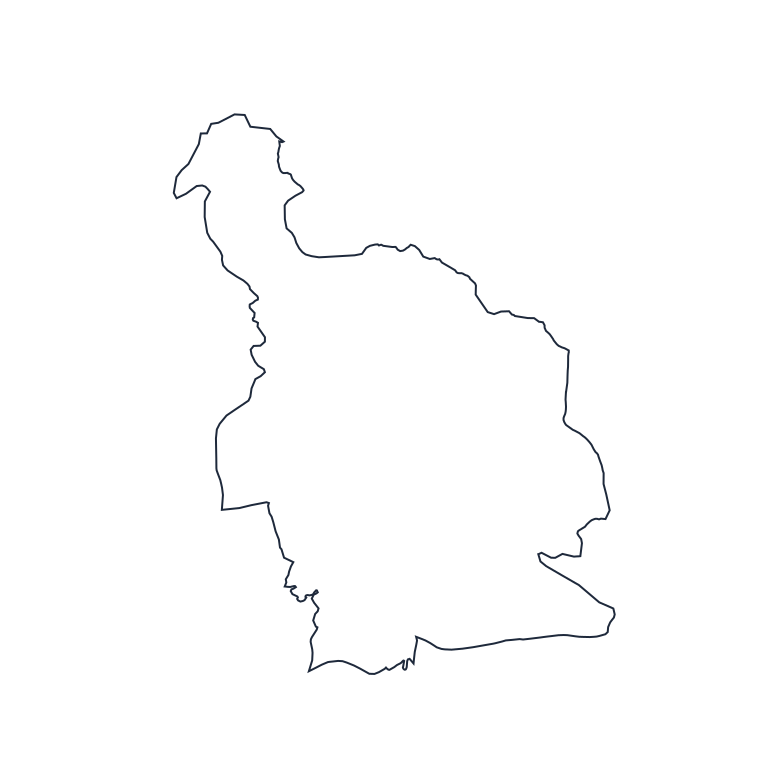 the district of Penukal Abab Lematang Ilir, Sumatera Selatan, Indonesia, rotated 75°
{"feature_id": "22746128B2393542990028", "entity_name": "Penukal Abab Lematang Ilir", "entity_type": "district", "adm_level": 2, "iso_a3": "IDN", "parent_name": "Indonesia", "parent_adm1": "Sumatera Selatan", "projection": "orthographic", "projection_center": [103.991, -3.208], "detail": "fine", "context": "isolated", "style": "outline", "palette": "slate", "viewbox_px": 768, "rotation_deg": 75, "n_neighbors": 0, "source": "geoboundaries", "source_scale": "gbopen_adm2", "svg_char_len": 5979}
<svg xmlns="http://www.w3.org/2000/svg" viewBox="0 0 768 768"><g transform="rotate(75 384 384)"><path d="M600.4,242.5L600.9,240.2L601.1,238.9L589.0,234.0L584.8,233.7L580.8,235.3L578.6,235.9L578.4,235.9L576.8,235.0L576.4,234.7L575.8,233.3L573.9,226.8L572.3,224.7L572.2,224.6L570.2,220.9L569.3,218.7L569.0,216.5L568.9,214.7L569.3,213.2L570.4,211.3L570.2,209.3L571.8,205.0L564.4,198.7L548.3,197.9L537.4,197.8L526.9,194.9L524.0,195.1L521.6,194.9L518.7,194.8L514.8,195.2L510.9,195.5L509.5,195.6L507.7,195.6L506.1,196.2L504.5,197.3L501.3,198.3L496.4,199.3L493.5,200.5L490.3,202.1L488.6,203.1L487.1,204.1L486.1,205.0L484.0,206.5L482.1,207.9L478.3,212.0L477.2,213.4L470.9,218.6L469.8,219.1L467.6,219.7L465.3,219.9L463.4,219.4L462.0,218.5L459.7,216.7L457.7,215.7L455.9,215.0L453.1,214.1L448.4,213.1L446.1,212.7L438.8,210.3L438.8,210.2L430.3,206.6L423.9,204.7L421.6,204.0L418.4,203.0L415.1,201.8L408.4,199.9L404.7,198.9L402.5,198.0L402.1,197.8L401.0,197.2L399.6,197.0L399.4,196.9L397.6,198.8L396.2,200.3L394.6,202.8L393.5,204.0L392.4,205.4L390.3,206.8L385.8,208.8L384.5,209.0L381.3,210.1L378.9,211.0L377.4,211.9L375.9,212.9L374.6,213.8L372.4,214.1L371.4,214.3L369.9,214.0L368.9,213.7L365.5,214.5L364.2,217.5L364.1,218.1L359.3,221.9L359.2,222.2L357.5,228.1L352.2,240.0L350.9,240.8L350.0,242.5L346.1,244.4L344.3,252.2L345.0,259.6L341.4,265.2L321.4,272.3L315.6,270.6L312.7,269.7L310.4,270.0L304.6,273.7L303.0,273.9L301.2,275.2L300.8,275.7L300.2,276.7L299.4,277.7L299.0,278.0L298.5,278.7L297.8,279.2L296.9,280.7L296.7,281.9L296.4,282.7L296.2,283.4L295.7,284.3L294.7,285.1L294.0,285.3L293.0,285.7L292.5,285.9L287.0,291.3L286.9,291.4L281.7,296.6L277.8,298.2L277.8,298.3L277.9,298.9L277.4,300.5L276.4,301.7L275.5,302.4L275.1,307.4L271.1,313.1L263.6,315.3L258.8,318.5L256.4,322.2L257.2,323.6L258.0,324.8L258.5,326.8L259.5,328.9L260.1,331.1L259.8,334.0L257.8,336.0L256.1,336.6L254.6,337.3L253.8,340.6L250.3,349.0L248.9,350.4L248.7,350.8L248.8,352.4L248.9,353.0L247.5,353.9L247.0,356.6L246.9,361.8L247.9,365.9L252.6,371.6L252.1,379.0L245.9,408.9L244.8,414.0L241.8,420.8L238.6,426.2L235.5,428.7L231.0,430.8L225.1,432.2L220.6,432.4L219.1,432.5L214.2,433.9L208.5,437.8L199.2,437.1L185.7,433.7L182.1,429.2L179.2,420.8L177.5,413.4L176.3,411.6L175.3,411.6L174.0,412.1L171.2,413.5L169.9,414.5L168.9,415.6L165.4,418.0L163.4,419.0L162.2,419.4L161.4,419.6L157.6,419.8L157.0,420.3L156.5,421.0L155.8,422.1L155.1,422.4L154.8,424.0L154.7,424.9L154.2,426.7L153.1,427.8L152.5,428.1L151.3,428.7L147.6,429.1L146.4,429.1L145.0,428.8L141.1,428.9L139.1,428.0L137.6,427.1L136.1,427.0L134.0,426.9L132.6,426.0L131.0,425.3L129.4,424.5L128.6,424.0L127.1,423.0L122.6,422.4L124.0,419.9L123.9,419.3L123.9,418.9L123.8,418.3L117.0,423.9L108.2,427.9L100.9,446.5L88.1,448.9L84.9,458.6L88.8,476.4L88.0,483.6L96.1,490.1L94.6,496.1L104.4,500.8L120.9,516.0L125.0,524.0L130.4,530.9L145.0,537.6L150.9,536.3L149.0,526.0L144.3,513.7L145.2,508.2L147.2,505.4L150.1,503.8L153.3,502.3L161.3,509.8L176.3,514.0L192.2,515.6L198.7,514.2L202.3,512.2L213.8,507.8L218.4,507.1L222.1,508.4L227.8,508.7L233.8,505.7L242.2,498.4L247.5,493.1L248.3,492.5L251.9,490.0L255.0,488.7L257.7,488.9L262.5,486.2L266.4,483.6L268.0,483.4L269.8,484.0L270.2,486.7L271.8,489.9L272.3,492.6L272.5,493.1L274.2,493.7L275.8,493.9L281.9,490.6L286.1,492.2L286.5,493.5L287.9,494.1L289.1,493.8L290.6,491.6L292.3,489.9L295.8,491.3L308.0,486.9L312.3,488.1L315.0,493.5L313.5,500.1L316.3,503.9L321.5,504.3L329.2,502.8L333.8,500.8L338.6,496.2L341.8,496.0L344.6,501.3L344.6,501.5L346.0,507.0L347.8,508.3L354.0,513.1L358.7,515.1L361.7,516.4L365.0,519.2L370.4,534.9L373.7,544.3L379.9,553.0L384.6,557.2L393.0,560.4L412.7,565.3L422.0,567.7L424.1,568.0L427.6,567.7L434.4,567.0L438.2,567.1L442.3,567.3L449.6,568.3L463.6,573.2L466.4,555.8L466.7,543.5L467.8,528.1L469.2,526.0L471.6,527.5L479.2,528.1L483.1,526.9L488.8,526.7L497.2,526.8L498.4,526.8L507.0,525.8L515.1,526.8L517.1,525.8L525.9,525.5L532.6,517.7L536.1,521.1L540.6,524.2L543.8,525.8L547.2,529.4L550.4,529.7L553.9,532.3L554.2,531.5L555.1,529.3L555.8,527.0L555.8,525.6L555.9,523.0L556.3,522.1L557.4,521.7L558.3,524.6L558.4,526.5L559.9,527.7L563.3,526.8L566.8,522.7L567.8,522.4L569.1,523.5L570.8,523.0L572.5,521.1L572.6,518.5L572.2,516.7L570.2,514.4L569.3,515.0L568.5,514.6L568.0,513.8L568.1,512.3L568.9,510.7L569.0,508.7L568.9,507.1L567.1,505.2L565.7,502.9L566.1,502.2L567.1,502.1L568.1,501.9L568.8,503.5L569.3,506.4L572.6,509.3L577.3,508.1L583.8,505.3L586.4,506.9L588.3,510.0L594.1,513.6L600.7,512.6L601.8,511.3L603.8,512.5L604.9,513.7L609.9,519.2L611.7,520.7L614.1,521.6L621.7,522.0L625.2,522.6L632.4,524.9L642.0,530.9L640.6,524.0L639.0,516.6L638.1,510.2L638.3,508.4L638.7,505.9L639.6,500.0L641.0,495.8L642.3,493.8L643.5,492.0L648.1,485.9L652.7,480.8L660.1,473.2L661.6,468.2L661.0,463.4L659.3,457.0L658.4,455.5L658.8,455.3L659.5,455.0L659.9,454.6L660.4,454.2L661.0,453.8L661.5,452.8L661.5,452.7L660.1,447.3L658.8,444.2L658.1,440.7L657.6,439.3L656.9,438.3L656.2,437.0L656.2,436.6L656.7,436.2L662.0,438.7L662.6,439.1L663.3,439.1L664.1,438.9L664.7,438.6L665.3,438.0L665.4,437.1L665.0,436.5L664.5,436.1L663.3,435.3L657.6,433.3L656.2,432.2L656.1,430.4L661.6,427.8L658.4,426.6L650.7,423.6L644.4,420.4L640.4,418.5L638.2,418.4L636.5,418.4L640.5,412.9L642.2,410.7L642.3,410.5L646.2,406.4L649.6,403.3L652.0,401.2L654.8,397.0L656.0,394.1L658.1,387.5L660.0,376.6L661.3,366.0L662.2,355.7L663.1,345.7L663.2,343.8L663.3,336.5L663.2,332.7L664.3,326.6L665.5,319.0L666.8,315.8L667.8,309.2L669.3,298.6L669.7,295.4L670.3,291.0L670.8,287.7L671.8,280.6L673.0,275.3L674.1,271.8L675.0,269.7L677.3,264.3L678.7,260.8L679.8,257.2L681.7,250.7L682.5,246.8L683.0,244.0L683.1,241.2L683.0,234.9L681.5,232.1L677.9,230.8L676.8,230.4L673.5,227.8L672.6,227.0L670.8,224.7L669.1,222.4L666.3,220.8L661.1,220.6L660.2,220.6L659.7,221.2L650.6,232.6L628.5,247.9L625.6,250.9L614.8,261.7L602.0,274.4L595.9,278.8L588.3,279.0L588.3,278.4L587.9,276.1L587.8,275.5L595.1,267.5L596.2,263.5L594.3,255.6L599.9,245.2L600.4,242.5Z" fill="none" stroke="#1e293b" stroke-width="2"/></g></svg>